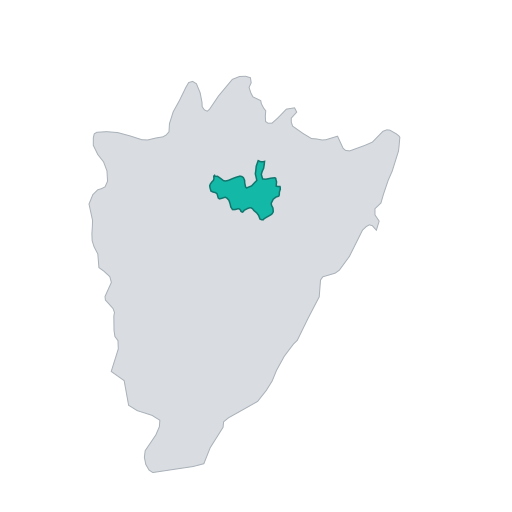 where Sarajevo sits in Bosnia and Herzegovina, rotated 254°
{"feature_id": "BIH-2890", "entity_name": "Sarajevo", "entity_type": "Canton", "adm_level": 1, "iso_a3": "BIH", "parent_name": "Bosnia and Herzegovina", "parent_adm1": "", "projection": "equal_earth", "projection_center": [18.322, 43.843], "detail": "fine", "context": "in_parent", "style": "filled", "palette": "teal", "viewbox_px": 512, "rotation_deg": 254, "n_neighbors": 0, "source": "natural_earth", "source_scale": "10m", "svg_char_len": 3342}
<svg xmlns="http://www.w3.org/2000/svg" viewBox="0 0 512 512"><g transform="rotate(254 256 256)"><path d="M418.0,134.2L418.8,137.0L416.7,146.7L412.7,157.2L406.1,168.1L399.2,178.4L397.4,183.8L397.0,192.5L396.2,199.4L397.1,203.1L399.4,206.6L407.1,209.3L417.5,216.2L426.4,225.1L437.7,235.3L441.3,239.1L441.3,243.2L438.0,246.2L428.4,247.3L418.3,246.4L414.4,245.4L410.8,246.6L408.6,249.0L409.8,251.7L420.2,264.1L432.3,281.9L433.1,289.6L431.6,295.6L428.9,299.8L423.8,299.1L420.0,295.8L414.2,296.0L409.8,296.9L404.0,303.4L401.0,303.1L396.1,304.1L392.9,305.4L387.9,303.5L382.6,302.3L380.3,304.2L379.3,308.0L382.6,314.9L388.8,325.7L387.8,333.9L383.1,334.8L378.8,327.9L375.0,326.8L370.7,327.0L360.8,335.0L353.6,341.7L351.9,346.3L349.3,351.5L348.5,355.1L348.7,367.4L335.5,369.4L332.8,371.2L331.2,375.0L332.3,390.8L333.4,399.3L340.9,412.4L341.2,416.6L340.1,419.3L334.8,424.5L332.2,426.4L330.5,427.0L321.7,423.6L317.6,421.9L300.0,410.3L292.3,403.9L280.0,395.4L272.5,390.7L268.7,383.4L262.7,381.7L255.6,384.0L247.6,378.8L253.2,376.1L254.7,373.5L253.9,370.1L251.5,365.5L229.9,345.7L219.4,332.2L217.7,327.4L217.6,314.5L215.1,311.4L199.3,305.5L181.7,288.8L163.5,272.4L161.1,267.8L151.8,255.5L140.4,244.2L131.4,237.1L124.0,228.9L115.8,217.5L111.7,200.4L108.1,185.1L105.6,179.2L100.4,177.1L84.3,159.1L70.7,148.6L71.0,137.3L73.5,118.5L76.3,97.1L79.7,94.2L86.0,92.6L93.2,93.2L99.4,95.8L111.6,110.4L118.6,116.1L124.6,118.3L131.5,112.1L140.1,99.2L147.6,92.4L172.5,94.9L184.9,85.0L204.6,98.0L212.7,100.0L217.4,98.2L223.6,99.0L237.5,102.8L240.7,104.4L244.9,104.1L255.2,99.1L258.7,99.7L270.5,109.7L276.4,109.8L283.5,105.5L288.1,101.8L301.6,104.5L309.4,102.9L315.8,102.7L322.7,104.4L329.1,106.7L335.3,108.7L352.0,109.8L360.0,116.1L363.3,122.2L363.3,126.0L364.1,130.0L368.8,133.9L378.9,136.2L385.2,135.7L388.5,135.4L397.1,131.9L407.2,130.1L414.5,132.2L418.0,134.2Z" fill="#d9dde1" stroke="#a8b0b8" stroke-width="1"/><path d="M344.9,238.4L343.9,238.4L343.2,241.0L340.3,243.4L337.4,245.5L336.5,247.3L336.3,250.4L336.9,254.9L337.2,258.7L337.2,262.6L336.3,264.3L334.8,265.5L331.9,265.9L329.3,265.3L325.3,265.0L324.0,265.7L324.3,268.2L324.6,271.1L327.2,275.4L328.4,277.6L331.1,277.8L335.2,278.0L338.3,279.4L342.3,281.0L347.1,284.4L346.9,284.7L345.7,285.9L344.9,287.7L344.6,289.3L344.6,290.3L341.4,289.0L338.2,287.5L335.8,285.4L333.0,283.6L331.1,283.6L328.2,283.6L327.1,286.6L326.7,291.9L326.0,295.7L325.2,296.4L324.3,296.2L321.6,296.2L319.4,295.3L317.5,294.7L316.7,296.5L316.2,298.2L315.9,298.2L314.8,298.1L313.8,297.8L313.5,297.8L313.1,297.5L311.0,296.1L308.3,295.2L307.3,294.4L307.2,293.5L307.2,291.6L305.8,288.1L305.7,288.1L303.3,285.9L302.6,285.2L302.4,285.2L300.4,284.9L298.1,285.4L297.4,285.5L296.9,285.4L293.8,284.8L292.2,283.2L291.5,281.6L290.7,278.3L290.6,278.1L290.6,277.7L289.6,274.1L288.8,272.9L289.3,271.4L290.4,270.0L294.2,269.7L297.2,268.6L300.3,266.5L302.4,265.7L303.7,264.5L304.1,263.3L304.0,261.1L303.2,257.2L302.4,256.3L302.2,256.1L301.9,254.9L303.1,253.8L304.1,253.8L305.5,253.2L306.4,252.0L306.4,248.7L307.1,246.2L310.0,245.3L313.3,245.5L317.1,245.3L319.8,243.9L321.0,242.6L320.9,238.5L321.0,236.6L322.2,235.7L324.6,235.7L326.5,235.7L328.1,234.5L329.4,232.2L330.5,231.0L330.8,230.6L332.8,230.6L334.4,230.6L336.4,230.9L337.9,232.1L339.5,234.2L340.4,235.9L342.0,236.9L344.4,237.4L344.9,238.4Z" fill="#14b8a6" stroke="#0f766e" stroke-width="1.5"/></g></svg>